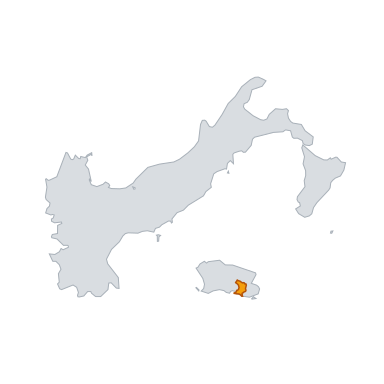 Medio Campidano on a map of Italy (orthographic projection), rotated 282°
{"feature_id": "ITA-5372", "entity_name": "Medio Campidano", "entity_type": "Province", "adm_level": 1, "iso_a3": "ITA", "parent_name": "Italy", "parent_adm1": "", "projection": "orthographic", "projection_center": [8.697, 39.58], "detail": "fine", "context": "in_parent", "style": "filled", "palette": "amber", "viewbox_px": 384, "rotation_deg": 282, "n_neighbors": 0, "source": "natural_earth", "source_scale": "10m", "svg_char_len": 4716}
<svg xmlns="http://www.w3.org/2000/svg" viewBox="0 0 384 384"><g transform="rotate(282 192 192)"><path d="M74.1,79.6L76.2,80.9L84.3,78.3L89.2,79.9L93.3,77.3L95.9,73.3L95.3,70.2L101.8,65.3L102.4,70.9L106.0,74.7L109.5,75.7L108.7,77.9L112.2,82.6L113.6,82.2L114.0,81.3L113.1,77.4L118.0,69.7L118.1,64.4L119.0,63.8L121.4,64.2L123.4,69.1L131.4,67.5L134.2,71.2L135.5,70.5L133.3,64.0L134.2,60.7L136.3,60.1L137.8,61.7L140.9,62.0L141.0,60.1L140.2,58.8L141.1,53.2L145.7,53.6L148.5,55.5L151.7,55.4L154.3,50.9L156.4,49.7L166.6,49.1L174.1,46.1L174.7,46.7L173.5,48.9L174.0,50.2L178.8,56.6L204.5,60.5L204.3,62.1L199.0,66.5L198.7,68.1L199.6,69.4L203.8,70.2L201.2,74.2L201.3,75.7L203.6,75.8L203.5,80.5L206.3,81.8L209.6,85.7L206.6,86.7L207.8,85.5L204.5,81.6L201.4,83.5L196.2,82.0L192.9,86.0L181.3,91.3L183.3,89.0L182.4,89.0L178.2,92.0L177.5,97.8L181.1,103.4L183.8,105.3L182.7,108.8L181.2,110.2L179.1,109.3L178.6,112.4L180.1,120.7L182.2,126.4L188.5,132.6L193.0,134.5L206.9,143.7L212.5,154.4L217.6,168.0L221.5,173.0L229.5,179.9L236.7,184.9L243.3,187.8L259.9,186.3L264.2,187.2L264.9,189.5L264.2,191.1L259.6,195.4L259.6,198.5L262.1,200.5L274.0,205.3L286.1,209.0L294.5,214.5L305.3,218.7L314.1,225.8L317.3,229.8L318.2,233.0L316.9,238.9L316.1,241.3L310.0,238.6L304.5,229.4L294.3,228.8L291.2,227.4L289.2,224.6L286.0,224.6L284.0,226.4L279.3,235.9L277.0,244.0L277.1,247.2L279.0,250.1L284.0,251.4L290.8,256.4L291.6,263.3L293.1,267.1L291.7,269.4L288.4,269.2L284.3,271.0L281.5,273.8L280.4,276.3L280.8,284.9L275.4,289.9L271.1,299.1L263.8,299.7L261.8,297.2L261.5,293.2L262.5,290.6L265.2,289.3L266.6,284.0L265.7,280.4L266.6,278.7L272.4,275.7L272.2,270.6L269.8,268.4L267.2,259.2L258.6,241.8L256.2,240.2L249.9,240.2L242.1,236.0L241.5,234.0L242.6,232.0L241.6,229.5L239.0,225.1L237.3,224.1L228.3,226.7L230.7,222.9L227.3,220.7L221.6,221.0L221.6,219.4L217.2,212.3L214.3,209.5L203.9,208.5L200.6,209.9L195.3,205.5L190.6,204.0L178.3,191.1L172.5,187.4L168.7,181.7L161.5,178.0L158.3,179.1L157.4,178.3L159.1,177.2L158.7,175.0L153.7,169.3L150.9,167.5L148.8,163.8L144.8,163.0L144.8,156.4L143.2,151.7L140.5,147.7L138.8,138.1L137.5,135.5L134.6,133.5L128.2,131.3L119.1,125.2L108.5,122.3L104.2,124.5L93.0,137.7L82.5,140.7L82.3,137.9L86.4,131.8L85.6,129.5L79.1,130.1L70.7,124.4L69.7,119.4L72.1,114.8L73.6,113.7L72.9,110.6L67.8,107.8L65.9,103.6L65.8,102.2L67.1,101.5L70.1,101.8L74.8,99.0L76.3,95.0L69.4,84.7L69.8,82.7L74.1,79.6ZM184.4,135.4L184.7,132.9L182.6,134.5L183.2,135.7L184.4,135.4ZM261.1,290.6L253.2,304.9L250.8,314.3L251.5,317.8L254.2,320.2L253.0,321.3L256.0,325.4L256.1,326.6L252.4,331.8L252.6,336.1L245.0,336.0L238.6,333.9L235.3,329.2L232.7,327.2L230.0,325.8L224.7,326.2L222.3,325.3L207.6,316.4L202.0,314.1L195.6,313.7L193.0,311.7L190.7,307.5L193.0,300.8L197.0,296.9L200.9,300.9L204.1,299.4L204.2,298.1L206.4,296.3L209.3,296.1L220.7,301.4L226.4,299.4L231.7,299.8L236.5,298.7L242.6,294.8L249.9,294.7L258.0,290.2L261.1,290.6ZM127.2,222.4L131.0,233.2L127.6,239.7L129.0,246.9L126.1,271.0L124.5,271.8L115.0,269.0L114.3,274.6L113.1,276.8L111.2,278.3L106.1,277.9L101.0,270.0L100.6,262.1L101.7,259.8L101.8,255.3L103.7,255.1L103.9,252.0L102.8,250.4L100.8,249.8L100.9,246.4L102.2,243.8L102.2,239.2L99.7,233.3L96.2,229.0L97.0,221.6L100.0,223.5L104.4,223.4L109.8,220.5L118.4,211.8L119.6,213.4L123.3,214.8L126.8,218.5L125.5,221.0L127.2,222.4ZM142.4,166.2L143.2,167.9L143.0,170.3L141.2,169.0L137.0,169.6L136.5,168.4L141.7,167.2L142.4,166.2ZM102.3,273.9L101.1,276.7L99.7,273.0L99.9,272.5L102.3,273.9ZM99.6,216.2L97.6,219.3L96.6,219.2L99.1,215.7L99.6,216.2ZM183.2,337.9L180.7,337.3L180.6,336.0L182.6,336.1L183.2,337.9ZM220.0,223.2L218.0,224.2L218.0,222.7L220.0,223.2Z" fill="#d9dde1" stroke="#a8b0b8" stroke-width="1"/><path d="M100.6,263.1L100.4,262.7L100.5,262.1L101.1,261.4L101.4,260.9L101.8,260.0L102.0,259.4L101.9,259.2L102.0,258.8L102.0,258.3L101.7,257.1L101.7,255.8L101.6,255.5L101.6,255.3L101.7,255.1L101.6,254.3L101.7,254.2L102.0,254.2L102.1,254.4L102.8,255.5L103.2,255.9L103.7,256.1L103.9,256.0L104.2,256.1L104.8,256.1L105.1,256.2L105.2,256.4L105.3,256.8L105.6,257.1L106.3,257.7L106.7,257.8L107.4,257.7L108.1,257.9L108.3,257.9L110.3,256.9L110.7,256.6L111.4,255.7L112.3,253.7L112.5,253.5L113.3,253.8L113.8,254.2L115.0,254.4L115.2,254.5L115.3,254.6L115.3,254.8L115.1,255.0L115.0,255.3L114.7,257.7L114.0,259.1L113.6,260.3L114.0,261.1L114.0,261.3L114.0,261.5L114.0,262.0L113.8,262.3L113.6,262.4L113.3,262.6L113.1,262.8L113.1,263.2L113.2,263.5L113.3,263.8L113.1,264.0L112.2,264.5L109.0,264.4L108.3,264.5L107.2,265.2L106.2,265.1L105.9,264.9L105.7,264.7L105.3,264.0L105.1,263.7L104.0,262.9L103.6,262.3L103.5,262.2L102.8,262.1L102.6,262.2L102.1,262.5L101.8,262.6L101.2,262.5L100.9,262.6L100.7,263.0L100.6,263.1Z" fill="#f59e0b" stroke="#b45309" stroke-width="1.5"/></g></svg>